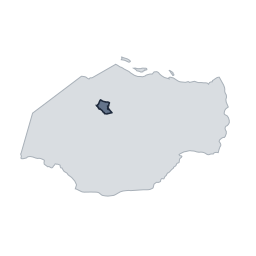 Kondoa, Dodoma, United Republic of Tanzania shown in context, rotated 286°
{"feature_id": "72390352B62044183520375", "entity_name": "Kondoa", "entity_type": "district", "adm_level": 2, "iso_a3": "TZA", "parent_name": "United Republic of Tanzania", "parent_adm1": "Dodoma", "projection": "equal_earth", "projection_center": [35.881, -4.78], "detail": "fine", "context": "in_parent", "style": "filled", "palette": "slate", "viewbox_px": 256, "rotation_deg": 286, "n_neighbors": 0, "source": "geoboundaries", "source_scale": "gbopen_adm2", "svg_char_len": 6128}
<svg xmlns="http://www.w3.org/2000/svg" viewBox="0 0 256 256"><g transform="rotate(286 128 128)"><path d="M102.1,182.8L99.9,181.3L98.0,180.4L96.3,179.4L95.6,178.4L94.1,178.0L92.8,177.8L91.6,176.9L89.1,176.5L88.8,175.9L88.8,174.5L88.4,174.2L87.5,173.8L86.5,173.8L85.9,174.0L85.5,173.9L84.7,173.1L84.0,172.1L83.7,170.4L82.5,169.4L81.2,168.5L77.6,168.6L77.0,168.4L76.2,167.5L75.1,166.2L74.3,164.6L73.6,162.4L72.8,159.6L68.6,148.0L68.2,145.9L67.3,143.5L66.0,140.5L64.6,138.3L62.6,136.3L60.5,134.3L59.3,132.9L57.0,127.5L56.5,125.0L56.2,122.3L56.3,121.3L57.7,117.9L57.8,116.9L57.7,115.6L57.0,112.9L56.1,109.6L54.3,103.7L54.0,102.1L54.0,101.0L55.1,94.9L55.0,94.1L59.2,94.2L62.3,91.5L64.9,87.5L65.5,85.9L66.5,83.3L67.6,82.1L68.0,81.2L68.6,78.6L70.0,76.9L71.4,75.6L71.1,74.6L71.3,74.3L72.0,73.6L73.5,73.0L73.8,71.7L73.8,70.2L73.5,69.3L73.6,68.3L73.3,67.8L72.4,67.7L71.0,66.9L69.8,66.6L69.0,66.1L68.7,65.8L68.6,64.9L69.2,62.6L68.6,61.6L70.0,57.8L70.3,57.3L70.8,57.2L71.7,56.8L72.4,56.6L73.1,56.8L73.6,56.6L74.0,56.2L74.3,54.9L74.6,52.7L74.4,50.9L73.8,49.5L73.7,47.4L73.9,44.6L73.7,42.2L73.1,40.4L72.4,39.3L71.3,38.7L69.7,35.9L69.2,34.5L69.3,33.6L69.8,33.3L70.9,33.4L71.9,33.1L72.8,32.3L73.7,32.0L74.2,32.2L116.0,32.2L164.8,68.9L165.0,69.3L165.4,72.5L165.3,73.6L164.6,75.4L164.4,76.3L164.4,77.0L164.5,77.2L165.2,77.3L165.7,77.8L165.9,78.1L166.3,79.5L166.9,80.2L185.4,98.2L185.8,98.4L185.6,100.0L184.5,103.6L184.5,105.1L184.0,106.9L183.6,108.1L182.6,113.3L181.7,115.2L180.4,119.7L180.2,123.1L180.9,125.6L181.2,127.8L182.6,130.0L183.7,130.8L184.5,131.9L185.9,134.2L186.6,136.5L189.1,137.6L190.1,140.2L189.7,142.0L188.6,143.5L187.5,145.9L186.6,149.1L186.6,153.9L187.2,153.2L188.5,154.3L188.6,157.9L187.3,162.0L186.8,164.0L186.8,165.6L187.7,170.6L189.2,173.1L189.1,173.9L188.7,174.5L191.2,179.0L191.0,182.9L191.9,185.9L192.3,188.5L192.9,190.5L193.0,191.9L192.3,193.4L194.1,193.8L195.2,195.1L195.7,196.3L197.0,196.2L197.7,197.0L198.7,197.7L201.0,199.7L201.6,200.7L202.0,201.7L195.7,208.0L193.4,209.7L191.8,210.4L190.0,210.8L188.4,211.8L186.8,213.4L184.8,214.2L182.4,214.2L179.9,215.3L175.8,218.6L173.5,216.8L171.7,216.2L169.6,216.2L168.3,216.5L167.8,216.9L167.4,218.0L167.1,219.8L165.7,221.6L163.3,223.2L161.0,223.9L159.0,223.4L157.6,222.7L156.9,221.8L155.8,221.3L154.4,221.4L153.1,222.1L151.8,223.4L149.8,224.0L146.9,223.8L145.4,223.2L145.2,222.1L144.0,220.8L141.7,219.3L140.1,219.3L139.0,220.7L138.0,221.6L137.2,221.9L136.4,222.0L135.2,221.6L132.1,221.4L129.2,221.5L128.9,219.5L128.3,218.2L127.7,217.5L126.7,217.3L126.4,216.7L126.1,215.5L125.6,214.4L124.9,213.5L124.5,212.7L124.4,211.9L124.5,211.0L125.1,209.0L125.3,207.5L125.2,206.1L124.9,204.6L124.2,202.8L124.2,202.3L124.0,201.0L124.0,200.2L124.1,199.1L124.0,197.7L123.4,194.7L123.4,193.9L122.7,192.5L120.8,189.1L120.7,188.6L117.6,185.2L116.4,184.4L115.9,185.1L115.7,185.7L115.9,186.8L115.8,187.3L115.7,187.6L114.9,187.5L114.5,187.4L113.3,186.5L112.4,186.2L110.2,186.4L109.4,186.6L108.7,186.4L107.5,184.8L106.1,184.5L104.9,184.4L102.8,182.6L102.1,182.8ZM189.4,125.0L190.4,128.8L190.3,129.5L189.6,130.0L189.2,130.0L188.8,129.4L188.5,128.1L187.9,128.4L187.0,126.9L186.1,126.8L185.3,125.0L185.6,123.4L185.4,120.7L186.4,119.3L187.0,116.9L187.6,118.5L187.7,121.0L188.6,124.0L189.4,125.0ZM194.4,102.3L194.5,103.2L194.3,104.0L194.3,106.7L194.2,108.5L193.5,111.0L192.8,111.9L192.3,111.7L191.8,111.3L191.5,110.6L192.2,106.0L191.8,102.7L193.3,103.0L194.4,102.3ZM192.2,157.3L191.5,157.5L191.2,157.3L190.8,156.6L191.5,155.9L192.3,154.7L194.0,152.9L194.8,151.4L194.7,152.8L193.7,155.9L192.9,156.1L192.2,157.3Z" fill="#d9dde1" stroke="#a8b0b8" stroke-width="1"/><path d="M147.2,103.1L147.3,102.9L147.3,102.6L147.3,102.4L147.4,102.2L147.4,101.9L147.4,101.5L147.4,101.3L147.4,101.2L147.2,100.9L147.1,100.7L147.0,100.4L147.0,100.2L147.0,99.9L147.0,99.6L146.9,99.5L147.0,99.4L146.9,99.1L146.9,98.9L146.8,98.5L146.8,98.3L146.9,98.0L146.8,97.2L146.8,96.8L146.8,96.6L146.8,96.4L146.9,96.1L146.9,95.8L147.0,95.5L147.0,95.4L147.2,95.1L147.3,95.0L147.3,94.8L147.3,94.7L147.2,94.6L147.3,94.4L147.4,94.2L147.5,93.9L147.3,93.7L146.9,93.6L146.3,93.4L146.2,93.4L145.8,93.4L145.7,93.4L145.4,93.3L145.1,93.2L144.8,93.2L144.7,93.2L144.3,93.2L144.1,93.2L143.9,93.2L143.7,93.1L143.3,93.1L143.2,93.1L142.9,93.1L142.7,92.8L142.4,92.7L142.1,92.6L141.9,92.4L141.6,92.3L141.6,92.2L141.4,92.2L141.2,92.2L140.8,92.0L140.8,91.9L140.7,91.8L140.7,91.7L140.5,91.9L140.5,92.1L140.4,92.3L140.4,92.5L140.5,92.6L140.5,93.0L140.4,93.0L140.2,93.1L139.9,93.2L139.8,93.3L139.7,93.3L139.6,93.5L139.5,93.8L139.4,93.9L139.4,94.0L139.2,94.1L139.0,94.3L138.9,94.3L138.9,94.5L138.7,94.5L138.4,94.7L138.4,94.8L138.4,95.0L138.3,95.3L138.3,95.5L138.3,95.8L138.3,96.0L138.4,96.3L138.5,96.3L138.4,96.5L138.3,96.8L138.2,97.0L138.1,97.3L138.0,97.5L137.9,97.5L137.8,97.8L137.7,98.0L137.7,98.3L137.5,98.6L137.4,98.7L137.3,98.8L137.2,98.9L136.9,99.1L136.8,99.3L136.7,99.3L136.7,99.5L136.6,99.8L136.5,100.0L136.4,100.2L136.4,100.5L136.3,100.8L136.2,100.8L136.1,101.0L135.8,101.2L135.7,101.2L135.7,101.3L135.4,101.4L135.3,101.5L135.4,102.1L135.5,102.5L135.6,102.9L135.6,103.1L135.6,103.3L135.7,103.6L135.7,103.8L135.7,104.0L135.8,104.1L136.0,104.3L136.2,104.5L136.3,104.5L136.5,104.7L136.5,104.8L136.4,104.9L136.4,105.0L136.5,105.3L136.6,105.5L136.8,105.8L137.0,106.1L137.2,106.4L137.2,106.5L137.3,106.6L137.6,107.0L137.7,107.3L137.9,107.6L138.0,107.7L138.0,107.9L138.1,108.0L138.3,108.3L138.5,108.1L138.7,107.8L138.8,107.6L138.9,107.3L139.1,107.2L139.2,106.9L139.4,106.7L139.6,106.3L139.7,106.1L139.8,106.0L139.9,105.9L140.0,105.7L140.2,105.4L140.3,105.2L140.5,105.1L140.5,104.7L140.6,104.4L140.7,104.1L140.7,103.9L140.4,103.9L140.4,103.6L140.5,103.5L140.6,103.4L140.7,103.2L140.8,103.2L141.1,103.3L141.3,103.2L141.5,102.9L141.8,102.9L141.9,103.0L142.1,103.1L142.1,103.3L142.2,103.2L142.3,103.2L142.5,103.1L142.7,102.9L142.9,102.7L143.0,102.5L143.4,102.6L143.5,102.5L143.7,102.8L143.8,102.9L143.9,103.1L144.0,103.2L144.0,103.3L144.3,103.3L144.4,103.2L144.5,103.2L144.8,103.1L145.0,103.1L145.4,103.1L145.5,103.1L145.9,103.1L146.0,103.1L146.4,103.1L146.5,103.2L146.8,103.1L147.1,103.2L147.2,103.1Z" fill="#64748b" stroke="#1e293b" stroke-width="1.5"/></g></svg>